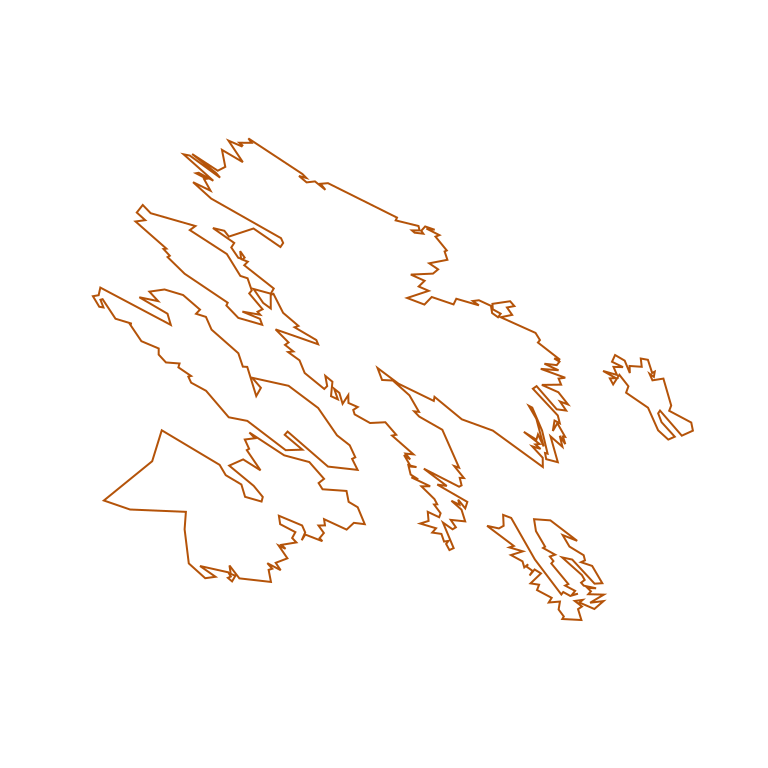 outline of Austrheim nor, Norway, rotated 170°
{"feature_id": "86288312B90213483192723", "entity_name": "Austrheim nor", "entity_type": "district", "adm_level": 2, "iso_a3": "NOR", "parent_name": "Norway", "parent_adm1": "", "projection": "mercator", "projection_center": [4.933, 60.784], "detail": "fine", "context": "isolated", "style": "outline", "palette": "amber", "viewbox_px": 768, "rotation_deg": 170, "n_neighbors": 0, "source": "geoboundaries", "source_scale": "gbopen_adm2", "svg_char_len": 6155}
<svg xmlns="http://www.w3.org/2000/svg" viewBox="0 0 768 768"><g transform="rotate(170 384 384)"><path d="M350.6,215.7L348.4,209.1L343.9,210.3L350.0,237.3L341.7,229.0L338.1,230.4L341.9,238.6L327.9,234.6L329.5,246.8L337.9,257.3L330.6,252.0L331.0,257.2L325.6,247.4L322.4,253.4L349.0,275.7L339.9,272.7L359.5,293.7L327.9,269.8L325.2,270.7L325.7,278.4L321.6,277.5L329.1,291.0L324.6,288.6L334.5,328.8L355.0,345.8L359.0,351.8L354.4,350.5L360.9,368.4L374.7,385.9L385.2,388.3L387.6,400.9L369.6,381.7L337.9,358.7L336.5,362.6L313.5,335.7L284.9,319.2L242.0,274.7L240.5,283.8L248.9,296.9L241.1,292.9L245.4,298.2L241.2,297.9L254.6,312.6L243.6,302.7L241.1,307.6L237.6,294.8L240.0,323.3L245.2,337.4L242.1,335.0L236.4,310.7L235.0,287.0L237.4,288.1L237.3,281.8L226.4,276.8L229.1,303.5L219.2,291.2L219.9,302.4L215.9,293.3L216.9,301.2L214.8,300.5L220.1,315.3L225.9,308.4L222.4,318.4L217.7,314.8L218.3,322.8L238.2,353.5L234.1,355.4L218.3,329.1L209.2,326.2L213.7,336.2L206.3,331.9L213.7,345.6L228.7,355.7L209.7,352.6L211.1,359.0L204.4,358.7L227.0,371.7L209.7,367.2L222.5,376.1L210.6,372.6L207.3,375.5L212.0,379.6L206.4,377.3L225.2,398.1L222.8,400.2L225.9,408.0L257.5,429.5L245.8,429.8L249.6,438.0L242.1,438.1L245.4,443.6L263.3,444.1L263.9,438.7L256.9,433.0L260.1,429.9L265.2,435.1L265.1,442.4L276.0,450.0L282.1,450.3L276.9,445.0L298.0,455.4L301.7,450.3L321.9,461.4L330.4,455.2L346.3,464.7L323.8,468.0L332.9,474.0L326.1,478.6L338.6,487.1L316.6,484.2L310.8,487.5L318.5,495.0L300.0,495.3L301.3,504.0L299.0,504.6L307.7,520.2L303.6,521.0L315.2,529.7L307.3,527.1L316.1,532.0L320.7,528.4L319.2,525.2L327.6,527.7L329.8,530.4L322.3,529.1L322.6,533.6L344.1,543.1L342.3,545.6L404.3,591.5L411.7,592.2L408.0,585.4L416.8,595.5L425.2,596.0L431.6,603.6L424.7,600.4L427.9,605.0L474.9,649.4L472.5,644.5L484.5,646.7L482.0,643.6L482.9,642.8L494.9,650.7L484.5,627.0L502.9,642.7L502.6,625.4L510.7,622.9L533.0,643.8L512.7,620.9L509.6,615.7L535.6,642.7L541.5,645.0L516.8,613.8L529.8,624.2L532.6,624.2L523.1,616.9L525.6,617.0L521.3,604.5L537.0,615.9L522.0,596.6L460.1,545.5L458.8,540.4L462.2,536.9L485.5,559.8L511.2,556.1L514.6,562.6L525.4,567.3L507.0,548.9L510.7,545.0L505.6,533.6L503.0,532.3L502.6,539.8L499.3,532.7L502.0,531.2L496.9,528.1L501.0,525.2L476.0,497.2L479.8,492.6L495.9,500.2L488.9,484.8L482.4,478.0L480.1,491.4L477.2,492.0L471.0,471.6L458.2,456.1L462.2,455.4L443.0,439.0L442.0,434.6L481.3,456.6L470.8,441.5L474.7,439.7L467.6,431.8L472.9,432.1L463.1,422.0L460.2,408.6L443.7,389.5L440.3,391.8L440.4,402.2L434.4,395.2L438.3,381.2L432.1,376.9L433.9,388.0L429.5,383.0L428.2,371.7L421.1,379.3L422.3,371.5L413.9,365.9L418.8,363.8L418.2,359.2L404.5,348.0L389.3,346.1L380.8,331.9L385.0,331.8L367.2,309.6L374.8,311.7L371.3,305.2L376.6,310.6L372.3,299.1L366.4,296.5L372.3,298.1L374.2,301.2L373.5,290.2L366.9,284.2L373.3,287.3L356.3,275.3L364.9,276.7L354.3,261.9L352.5,256.3L355.6,256.6L350.7,246.9L352.8,243.2L363.1,250.5L363.9,241.4L372.6,240.3L357.8,232.9L362.3,229.3L353.5,226.4L352.2,218.4L347.8,218.3L350.6,215.7ZM607.4,241.2L593.8,223.8L583.4,223.4L596.8,236.7L570.1,225.6L568.3,221.0L571.4,220.2L567.9,216.0L563.6,221.0L567.9,223.6L567.7,232.1L560.2,217.7L529.7,208.7L529.9,221.0L526.1,221.5L530.0,227.8L518.1,218.6L521.7,226.7L509.4,229.1L515.8,243.2L509.6,238.8L512.9,243.4L497.8,243.2L501.2,248.3L497.0,253.5L510.6,264.0L510.4,272.5L489.2,258.9L487.4,251.5L492.2,244.4L487.7,249.4L472.0,239.9L474.2,243.4L469.1,247.7L473.1,256.0L466.7,255.0L466.5,261.3L446.1,247.1L437.8,252.5L427.3,249.3L431.3,267.2L439.3,274.1L439.5,285.2L462.8,291.0L465.6,297.8L459.5,301.0L471.1,320.1L494.7,331.1L525.0,359.6L520.5,353.0L530.7,353.5L528.1,343.6L530.6,342.7L520.6,320.4L535.8,334.2L550.6,330.5L530.0,306.3L523.0,293.8L525.0,289.5L540.4,297.0L541.9,309.8L555.7,321.7L559.9,332.9L610.9,377.0L625.7,348.2L680.1,317.9L655.9,304.5L601.3,292.5L605.6,275.5L607.4,241.2ZM453.5,312.4L424.9,304.0L428.4,315.8L425.0,316.8L428.4,329.6L439.2,341.6L453.0,371.8L478.3,398.8L512.7,413.0L505.9,401.6L511.9,394.3L515.7,424.6L520.0,425.6L522.1,439.6L544.4,467.5L547.7,481.0L556.9,485.8L552.3,489.2L566.4,506.5L583.7,515.2L599.0,515.7L592.0,504.8L609.9,511.9L585.0,490.8L583.7,479.2L646.6,528.2L649.6,521.0L655.4,521.0L651.0,509.5L647.0,508.1L648.6,516.2L646.4,516.4L637.1,494.9L621.9,487.2L624.0,487.4L615.5,468.3L599.7,458.1L600.8,452.1L595.0,443.1L581.8,439.7L583.6,436.1L572.6,425.4L575.4,425.2L573.7,418.8L560.4,408.2L542.7,378.2L525.0,371.4L492.3,335.9L475.8,333.5L490.6,351.2L487.2,353.9L453.5,312.4ZM493.7,463.5L494.8,469.7L510.9,479.9L493.9,473.7L496.0,477.1L490.6,478.7L501.0,496.6L498.0,499.1L500.0,511.8L506.7,515.4L516.2,539.3L548.5,569.3L542.3,572.3L584.1,592.7L590.5,602.2L597.7,595.8L590.7,586.8L600.5,587.2L574.8,555.1L577.7,555.2L572.7,547.5L575.1,546.6L561.2,527.2L523.8,491.2L525.6,488.7L516.0,474.4L493.7,463.5ZM230.6,117.3L232.0,128.6L227.7,130.5L233.8,137.2L225.8,136.9L229.4,134.8L215.9,125.9L205.5,132.1L219.0,132.8L204.1,138.4L219.3,141.5L216.2,143.9L219.0,147.8L210.6,146.0L222.3,150.7L224.4,154.1L220.4,156.2L222.3,161.5L238.7,182.3L229.1,178.4L211.3,150.8L203.6,149.9L210.6,168.7L220.9,174.3L216.7,175.4L217.1,180.7L229.6,191.7L234.3,204.2L221.0,196.0L243.8,220.8L259.7,224.8L259.9,212.7L253.6,195.8L255.8,194.9L245.1,186.2L250.6,185.3L247.9,180.2L250.4,178.2L237.2,155.0L240.6,154.0L231.7,147.1L235.8,143.5L229.4,143.8L237.3,142.9L243.6,148.0L245.9,145.9L265.9,185.0L282.0,230.0L289.4,234.4L290.8,223.6L295.9,221.8L307.1,226.4L284.3,202.0L288.9,201.3L276.3,195.1L288.7,193.5L278.4,185.3L277.7,179.0L273.4,181.4L275.5,179.6L270.1,174.1L273.9,170.1L267.9,175.2L262.3,170.2L274.3,162.2L266.1,159.4L269.1,154.5L256.0,144.3L259.7,140.2L248.5,139.2L251.2,131.6L247.3,123.8L249.2,121.6L230.6,117.3ZM99.7,281.4L87.9,284.4L88.1,292.7L107.8,308.1L104.9,312.9L107.9,340.8L119.0,341.0L120.7,347.9L117.0,344.2L115.2,349.2L118.0,348.3L119.9,362.0L126.7,364.5L127.2,356.2L139.0,359.1L140.0,352.1L142.9,365.2L151.4,372.4L155.6,366.3L145.7,359.1L155.0,361.0L153.0,352.5L166.0,358.8L154.6,349.5L160.6,350.3L158.4,343.8L150.6,352.2L143.7,339.3L147.1,333.4L128.1,314.8L122.1,290.8L113.7,279.9L106.8,281.6L117.3,298.2L119.1,307.5L116.8,309.9L99.7,281.4Z" fill="none" stroke="#b45309" stroke-width="2"/></g></svg>